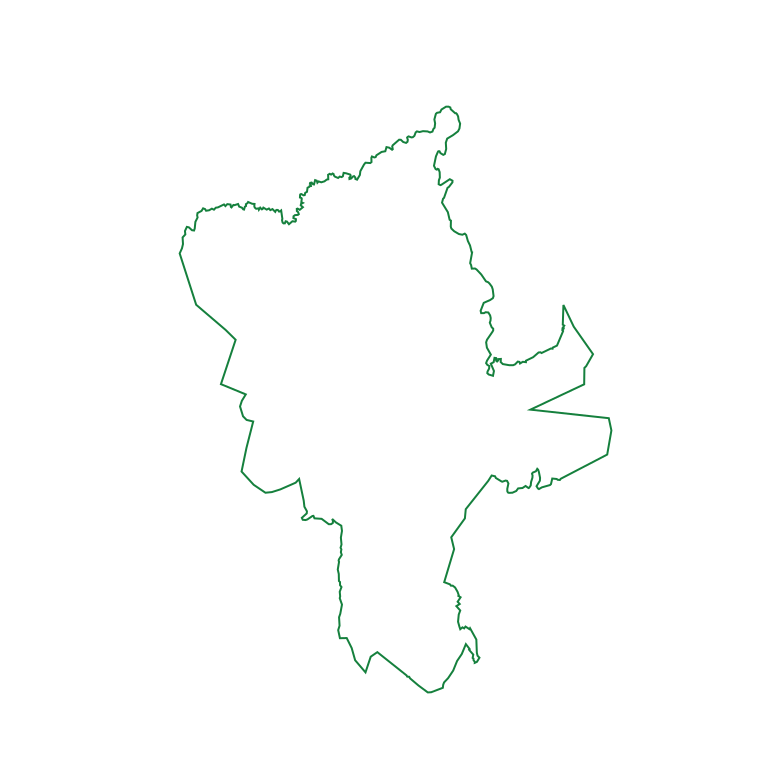 Tlaquiltenango, Morelos, Mexico, rotated 196°
{"feature_id": "50627088B38776032465791", "entity_name": "Tlaquiltenango", "entity_type": "district", "adm_level": 2, "iso_a3": "MEX", "parent_name": "Mexico", "parent_adm1": "Morelos", "projection": "natural_earth1", "projection_center": [-99.069, 18.498], "detail": "fine", "context": "isolated", "style": "outline", "palette": "green", "viewbox_px": 768, "rotation_deg": 196, "n_neighbors": 0, "source": "geoboundaries", "source_scale": "gbopen_adm2", "svg_char_len": 6165}
<svg xmlns="http://www.w3.org/2000/svg" viewBox="0 0 768 768"><g transform="rotate(196 384 384)"><path d="M396.5,668.1L398.3,668.4L400.8,667.7L404.4,663.7L405.0,660.7L407.8,659.3L408.6,658.0L408.5,652.2L406.7,648.6L406.0,644.3L406.8,642.8L407.0,640.0L409.1,638.5L411.7,638.8L416.2,637.8L419.3,636.0L422.0,635.9L422.9,634.6L423.2,630.9L424.3,629.2L425.6,628.6L428.6,628.8L429.4,628.0L429.7,627.2L428.4,625.3L428.2,623.3L429.3,621.8L432.2,621.9L435.1,623.4L436.8,623.0L441.4,615.9L441.6,614.7L440.3,612.1L440.8,611.4L444.1,612.6L446.9,612.4L446.9,608.1L450.3,606.4L454.3,601.8L454.6,599.8L455.8,599.1L458.3,599.4L458.5,598.0L457.2,593.9L458.1,592.6L462.8,591.6L463.7,589.5L465.4,582.0L464.8,578.3L466.2,573.0L468.0,573.2L468.5,574.6L470.1,575.6L470.9,575.0L472.2,572.5L473.7,571.5L474.2,572.8L473.5,574.0L473.6,575.4L474.3,576.0L478.5,576.1L481.0,575.8L480.8,572.3L481.8,571.2L483.7,571.2L484.9,569.4L488.3,569.8L489.6,570.6L490.3,571.9L491.4,572.2L492.6,570.7L494.1,571.1L495.4,569.7L494.0,565.4L495.4,564.7L497.1,562.4L499.9,560.6L502.7,560.7L503.5,559.1L504.7,560.9L506.4,561.0L506.3,556.5L507.2,556.4L509.1,557.7L510.4,557.0L510.4,555.9L509.4,555.5L508.8,554.2L510.1,553.7L510.1,553.0L511.6,551.6L511.0,547.5L512.4,546.1L512.3,543.7L513.4,543.2L515.8,543.8L516.6,543.4L516.8,542.7L516.2,540.1L514.6,540.0L514.1,539.4L513.6,536.0L511.9,535.7L513.4,534.2L513.3,532.8L510.7,531.6L513.0,528.2L515.4,528.8L516.1,528.3L515.4,526.2L514.0,525.6L512.7,523.8L513.4,522.8L516.1,521.8L517.2,520.3L516.8,518.5L514.1,518.2L513.7,516.4L514.1,515.6L516.9,515.2L519.4,511.4L522.1,513.4L523.4,513.3L523.6,511.1L524.9,510.7L526.0,511.3L527.2,513.4L527.2,514.7L530.7,522.5L531.8,521.0L532.5,520.8L533.7,521.9L534.9,521.9L535.7,521.2L536.0,519.5L539.4,521.4L541.2,519.8L543.0,521.0L544.8,519.3L548.6,520.3L549.0,518.6L549.6,518.2L551.6,519.4L552.3,517.0L553.1,518.2L555.2,517.2L556.9,518.0L557.7,519.2L558.1,521.4L560.4,520.9L564.8,521.5L565.1,520.2L566.3,518.8L565.7,517.1L566.6,516.1L566.6,513.1L567.5,513.1L569.1,514.3L572.1,514.6L573.9,516.8L577.0,514.7L578.1,514.6L579.3,511.7L580.0,512.0L581.0,514.2L584.2,513.7L585.5,511.3L587.3,512.5L592.3,508.0L594.3,507.1L595.5,504.7L597.8,505.1L600.0,502.8L602.8,501.5L604.2,502.8L606.3,503.0L607.1,500.1L610.4,496.9L610.1,494.6L609.1,492.7L610.0,487.9L608.8,481.3L608.9,479.2L611.0,478.9L614.7,480.8L616.8,480.7L617.5,476.2L616.2,473.0L618.0,469.4L615.8,463.1L615.6,458.7L616.4,453.2L586.4,408.4L551.1,392.3L538.8,385.6L540.7,338.9L514.0,335.9L516.0,328.7L516.2,322.7L510.6,314.1L506.2,311.6L499.4,311.9L498.6,284.7L496.8,260.6L481.5,251.2L468.0,246.8L462.0,249.2L454.6,254.1L441.7,264.8L439.4,269.3L429.0,249.7L426.7,244.1L423.0,240.4L422.6,238.3L426.1,232.7L424.7,231.1L421.9,231.6L420.3,232.7L416.4,237.4L415.5,237.8L413.8,235.7L406.8,237.2L398.4,234.0L396.2,234.7L394.9,236.3L395.2,238.0L396.6,240.0L392.1,237.7L386.0,236.0L383.9,231.2L383.1,224.4L380.6,218.0L380.6,214.6L379.4,213.3L379.1,210.4L377.5,208.1L379.0,203.0L378.9,201.6L378.2,200.7L377.3,192.9L375.1,188.9L373.0,182.2L371.7,181.5L370.8,178.5L368.9,177.1L369.3,172.1L367.6,167.8L367.5,165.9L363.6,160.4L362.7,151.1L362.9,147.4L360.1,139.4L360.2,134.8L356.3,127.5L349.8,129.5L342.3,121.3L335.6,110.5L322.3,101.7L321.6,118.2L316.5,124.4L282.0,110.1L281.0,109.1L279.1,109.5L277.8,108.2L267.8,103.7L256.9,99.6L253.7,100.7L243.7,108.2L244.2,111.2L244.0,113.7L241.3,118.9L238.5,127.6L237.4,137.9L234.8,145.9L233.6,156.5L228.6,152.8L229.0,152.1L228.3,151.5L223.6,148.5L223.3,145.1L222.3,144.7L221.8,143.2L220.1,141.9L219.9,141.0L218.1,142.5L216.8,147.2L219.2,148.6L220.7,151.3L224.8,163.8L234.0,173.0L234.3,171.9L238.8,173.3L239.6,171.2L241.5,171.7L243.1,169.3L244.6,171.5L247.3,175.9L248.6,183.0L248.3,187.3L253.2,190.4L250.6,193.4L253.2,195.0L251.6,200.1L254.1,200.8L253.9,201.5L256.0,204.5L259.6,208.0L262.4,209.1L264.1,208.6L265.4,209.6L271.5,210.1L271.1,244.6L277.1,255.2L269.2,277.1L270.9,286.2L257.1,319.6L255.3,325.7L251.8,325.9L250.6,324.5L244.1,322.7L243.3,322.7L240.5,324.7L239.0,324.8L237.0,322.7L236.6,317.2L235.9,314.9L235.0,313.9L233.9,313.8L230.6,314.9L227.4,317.6L226.3,320.6L222.2,322.2L219.8,325.0L216.4,323.8L215.9,324.2L215.0,326.9L215.6,330.3L215.5,334.8L216.0,337.1L217.0,338.5L216.6,339.8L213.9,342.0L213.3,344.7L212.2,344.1L210.8,342.0L208.1,336.8L207.5,334.0L209.2,327.8L207.2,326.0L206.1,325.7L203.7,328.2L196.6,332.6L195.9,333.8L196.2,339.5L191.8,340.3L190.7,339.8L188.5,340.2L188.0,341.6L150.0,377.7L152.6,402.0L158.5,413.1L236.2,399.7L191.5,438.9L195.8,454.7L194.6,456.8L191.3,470.3L217.4,491.4L233.3,509.4L228.5,490.3L226.8,489.8L227.8,487.0L227.6,486.0L226.7,487.3L226.5,486.8L227.3,485.3L226.4,484.3L228.3,468.6L231.8,465.5L231.7,464.4L233.4,464.1L241.1,457.2L242.3,457.6L244.1,456.9L248.0,450.9L254.0,445.5L253.6,444.1L256.7,443.6L258.9,441.2L259.9,442.6L261.6,442.4L263.4,439.0L265.0,437.7L268.8,436.6L275.3,435.9L277.9,437.3L278.6,440.3L281.1,439.4L280.7,438.2L281.5,436.8L282.6,437.3L283.4,439.8L285.0,439.6L284.6,435.2L286.9,433.0L281.9,426.8L281.5,421.9L286.0,422.0L287.7,422.9L287.9,424.6L287.2,427.8L287.7,430.3L290.0,430.9L291.6,432.2L291.4,434.9L289.4,441.7L295.1,447.3L297.3,452.2L297.2,454.9L294.1,464.2L293.8,465.6L294.3,467.3L296.1,468.2L299.2,472.1L299.1,474.3L299.6,476.8L300.9,479.2L303.4,481.5L306.1,481.0L307.4,479.7L310.1,478.9L311.3,481.0L310.5,489.5L305.1,494.0L303.0,496.5L302.9,498.7L305.6,505.0L307.2,507.3L310.2,509.6L311.8,510.5L314.3,510.8L320.7,516.1L326.6,519.6L328.3,520.1L331.4,519.1L333.1,522.4L334.5,523.9L335.6,534.9L336.1,535.0L339.5,540.9L342.8,544.6L346.1,549.9L347.8,550.8L349.8,549.1L353.3,548.8L358.7,550.2L362.1,552.0L363.2,553.7L364.7,559.5L366.2,560.0L370.0,566.8L378.2,574.3L378.3,578.3L377.6,579.6L377.0,590.1L375.9,591.4L373.8,596.7L374.2,598.3L377.2,599.0L383.8,591.3L384.6,590.7L386.5,591.1L387.4,595.0L387.2,597.8L388.9,603.0L390.7,605.5L391.8,605.6L392.3,604.6L393.6,604.8L396.1,607.5L396.8,617.1L396.2,621.9L395.9,622.7L394.8,623.0L393.4,621.5L390.2,620.6L388.9,621.8L389.0,627.1L391.1,633.0L390.9,637.3L386.3,642.2L382.5,647.3L381.9,650.4L382.6,655.3L385.1,658.5L386.5,661.6L388.2,663.5L389.4,664.2L390.2,663.9L395.6,666.5L396.5,668.1Z" fill="none" stroke="#15803d" stroke-width="2"/></g></svg>